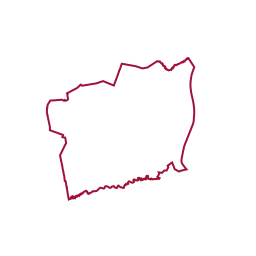 outline of Dobeles pag., Dobele, Latvia, rotated 324°
{"feature_id": "27541924B40989782476416", "entity_name": "Dobeles pag.", "entity_type": "district", "adm_level": 2, "iso_a3": "LVA", "parent_name": "Latvia", "parent_adm1": "Dobele", "projection": "albers", "projection_center": [23.259, 56.68], "detail": "fine", "context": "isolated", "style": "outline", "palette": "rose", "viewbox_px": 256, "rotation_deg": 324, "n_neighbors": 0, "source": "geoboundaries", "source_scale": "gbopen_adm2", "svg_char_len": 5481}
<svg xmlns="http://www.w3.org/2000/svg" viewBox="0 0 256 256"><g transform="rotate(324 128 128)"><path d="M160.8,72.4L160.5,72.5L155.9,75.8L155.1,76.1L150.9,79.1L141.5,85.3L135.4,75.4L128.4,73.2L127.7,72.8L115.7,66.8L115.5,65.5L114.8,65.4L114.8,65.2L113.5,65.3L112.7,65.5L110.5,65.7L99.0,64.1L98.9,65.4L98.0,66.1L96.6,69.3L95.5,69.7L94.7,69.6L93.8,69.4L93.4,68.2L92.3,68.4L91.3,66.5L90.6,65.9L84.1,62.0L81.3,60.1L76.6,62.0L74.5,64.2L74.4,64.1L73.8,64.8L73.2,65.5L71.8,67.4L70.3,70.2L70.4,70.3L69.7,71.7L65.7,80.7L64.6,82.5L63.5,83.9L71.4,95.5L70.7,96.1L69.6,96.7L70.6,98.1L71.5,98.8L70.6,100.9L69.0,103.9L67.4,104.6L56.9,110.2L53.5,117.8L52.6,119.7L52.7,119.8L51.5,121.9L50.8,123.5L50.0,125.5L49.8,125.6L48.0,129.7L45.7,133.7L46.3,134.3L43.5,139.9L43.7,140.0L43.4,140.5L43.3,140.4L38.8,149.4L38.1,151.0L39.0,151.1L38.9,151.2L39.8,151.5L40.1,151.4L40.5,151.6L40.7,151.2L40.7,150.8L40.8,150.7L41.0,150.7L41.0,150.9L41.1,151.1L41.4,150.5L41.7,150.4L41.8,150.5L41.9,150.8L42.2,151.0L42.6,150.9L42.7,150.6L42.8,150.5L43.2,150.6L43.4,150.8L43.4,151.0L42.6,151.2L42.4,151.5L42.4,152.0L42.6,152.3L42.5,152.8L42.8,153.0L43.6,153.1L43.9,153.6L44.2,153.4L44.3,153.1L44.1,152.8L44.1,152.5L44.9,152.5L45.3,153.0L45.3,153.3L45.7,153.5L45.8,153.5L45.8,153.3L45.6,152.7L45.8,152.4L46.2,152.4L46.3,152.5L46.7,152.6L46.9,153.3L47.0,153.5L47.4,153.4L47.5,153.3L47.4,153.3L47.1,153.2L47.3,153.0L47.8,153.1L48.0,153.3L48.2,153.2L48.3,153.4L48.6,153.6L48.6,154.2L49.3,154.0L49.6,153.4L49.8,153.2L50.1,153.3L50.2,153.5L50.6,153.5L50.7,153.8L51.1,153.5L51.3,153.9L51.6,153.9L51.7,154.1L52.1,154.1L52.5,153.8L52.7,154.1L52.8,154.2L53.5,154.2L54.1,153.8L54.7,153.7L56.3,154.0L56.8,154.0L57.3,154.2L57.4,154.4L57.0,154.9L57.0,155.1L57.5,155.6L57.3,156.4L57.0,157.2L57.0,157.5L57.2,158.0L57.8,158.3L58.1,158.4L58.6,158.0L58.8,158.0L60.0,158.6L60.7,158.6L61.5,158.4L62.2,158.5L62.3,158.7L63.0,158.8L63.4,159.3L64.4,159.9L65.6,160.4L66.4,160.5L67.8,160.2L69.2,160.0L70.6,160.1L70.9,160.3L72.3,162.3L72.9,162.8L73.2,162.8L73.8,162.6L74.8,161.9L75.4,161.9L75.7,162.0L77.0,163.2L77.3,163.8L77.7,165.1L78.6,166.1L79.0,166.2L79.8,166.0L80.7,166.0L81.8,166.4L82.3,166.7L82.2,167.9L82.3,168.1L82.5,168.4L83.1,169.3L83.7,169.9L84.1,170.0L84.8,169.4L85.5,169.0L85.9,169.1L86.3,168.9L86.5,169.0L86.6,169.7L87.1,171.4L87.9,172.2L88.4,173.2L89.2,173.9L89.5,173.9L90.3,173.1L91.5,172.5L91.9,172.2L92.4,172.3L92.6,172.8L93.0,172.8L93.2,172.7L93.4,172.2L93.5,172.1L93.8,172.0L94.5,173.0L94.8,173.3L95.4,173.3L95.5,173.2L95.7,172.6L95.9,172.2L96.8,171.7L97.5,171.8L97.8,172.1L98.9,174.4L99.4,174.9L99.9,175.1L101.1,175.1L101.5,175.0L101.6,174.7L101.5,173.6L101.6,173.4L102.3,173.1L102.6,173.2L103.0,173.6L103.7,174.5L104.2,175.5L104.5,175.8L104.8,176.1L105.1,176.2L105.6,176.1L105.8,176.0L106.1,175.5L106.2,174.7L106.4,174.5L106.7,174.4L107.5,174.6L107.7,174.9L107.5,175.5L109.1,176.4L109.2,176.6L109.2,177.0L108.7,177.3L108.4,177.3L107.9,177.0L107.6,177.0L107.5,177.4L107.7,177.8L108.3,178.3L108.7,178.4L109.1,178.3L109.5,178.6L110.1,178.7L110.7,178.3L111.0,178.3L111.4,178.5L111.6,178.7L111.7,178.9L111.5,179.4L111.7,179.7L112.2,180.0L112.9,180.1L113.3,180.0L113.5,179.7L113.5,179.4L113.3,178.9L113.3,178.7L113.7,178.4L114.3,178.1L114.8,177.7L115.1,177.7L115.9,178.4L116.0,178.7L115.8,179.1L115.3,179.1L115.0,179.3L114.6,180.3L114.6,180.7L115.0,181.5L115.5,181.7L115.7,181.9L115.8,182.6L116.1,183.0L116.4,183.0L116.8,182.5L117.1,182.5L117.4,182.8L117.4,183.2L117.6,183.8L117.9,184.2L119.1,184.6L120.9,186.0L121.8,186.3L123.1,186.2L123.2,186.4L123.2,186.6L122.9,186.9L122.8,187.0L123.0,187.4L123.4,187.4L124.1,187.1L123.0,184.9L125.5,183.8L126.5,183.2L126.8,182.8L126.7,182.6L126.8,182.0L129.2,184.3L132.3,183.7L134.3,185.1L137.6,183.4L137.9,181.8L143.4,181.8L142.5,185.5L141.6,188.7L142.5,190.7L143.7,193.2L145.2,193.5L146.8,194.1L151.0,195.9L150.9,194.7L150.8,189.4L151.1,187.6L151.6,186.5L152.4,185.4L153.1,184.6L160.2,178.0L162.5,176.0L164.7,174.5L182.4,163.3L183.9,162.2L185.3,160.9L190.0,155.3L191.9,152.7L193.5,150.2L195.9,145.7L199.5,137.4L200.7,135.1L202.7,131.5L204.3,129.2L206.6,126.5L209.2,123.8L210.8,122.3L214.0,120.0L217.4,117.7L217.9,107.3L217.4,107.3L217.4,107.2L217.2,107.1L217.3,106.9L217.3,106.5L217.2,106.4L216.6,106.6L216.1,106.8L215.8,106.5L215.2,106.6L214.8,107.0L214.4,107.1L214.1,107.1L213.8,106.9L213.5,106.9L213.1,106.7L212.8,106.7L212.6,107.3L212.3,107.1L212.1,107.0L211.4,107.1L211.5,106.8L211.4,106.6L211.1,106.4L210.3,106.3L209.1,106.4L207.5,106.1L206.8,106.1L206.3,105.8L205.4,105.5L204.4,105.8L204.1,105.7L203.3,104.7L202.9,104.4L202.4,104.6L202.2,104.9L201.4,104.9L201.1,105.3L200.7,105.2L200.4,105.3L200.5,105.5L200.4,105.6L200.2,105.4L199.7,105.6L199.4,105.4L199.4,105.2L199.2,105.2L199.1,105.5L198.9,105.6L198.7,105.9L198.7,106.1L198.4,106.0L198.1,105.8L197.3,105.8L197.0,105.9L196.9,106.2L196.6,105.9L195.7,105.6L195.2,105.5L194.9,105.4L194.7,105.2L194.5,104.5L194.0,104.2L194.1,103.8L194.0,103.6L194.0,103.3L194.0,103.2L193.6,102.7L193.8,102.2L193.8,101.8L193.5,101.5L193.2,101.7L193.2,101.3L193.1,101.1L193.3,100.9L193.8,101.1L193.9,100.7L194.1,100.4L194.1,100.0L194.0,99.9L194.0,99.6L193.6,99.3L193.6,99.2L193.4,99.1L193.3,98.9L193.5,98.6L193.4,98.5L193.2,98.5L193.1,98.4L193.2,98.2L193.1,97.9L193.3,97.7L193.3,97.3L193.5,97.2L193.7,96.8L193.6,96.5L193.7,96.2L193.6,95.9L193.6,95.7L193.4,95.7L193.0,95.6L192.9,95.5L192.9,94.5L192.7,93.9L192.7,93.6L192.9,92.7L191.5,92.1L190.9,91.1L179.4,90.5L174.7,88.3L170.6,82.6L160.8,72.4Z" fill="none" stroke="#9f1239" stroke-width="2"/></g></svg>